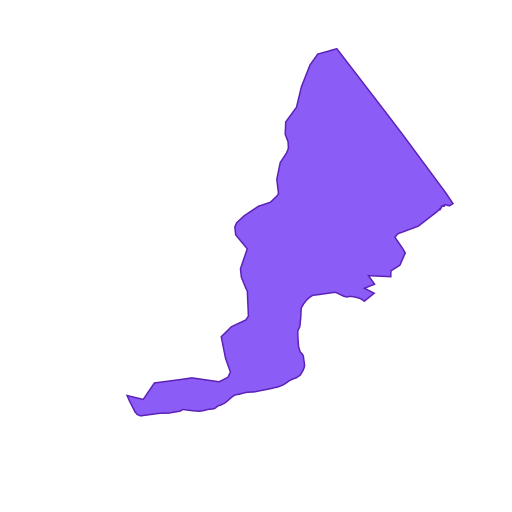 St. Charles, Missouri, United States of America, rotated 142°
{"feature_id": "52423323B56578424845475", "entity_name": "St. Charles", "entity_type": "district", "adm_level": 2, "iso_a3": "USA", "parent_name": "United States of America", "parent_adm1": "Missouri", "projection": "natural_earth1", "projection_center": [-90.636, 38.751], "detail": "fine", "context": "isolated", "style": "filled", "palette": "violet", "viewbox_px": 512, "rotation_deg": 142, "n_neighbors": 0, "source": "geoboundaries", "source_scale": "gbopen_adm2", "svg_char_len": 2235}
<svg xmlns="http://www.w3.org/2000/svg" viewBox="0 0 512 512"><g transform="rotate(142 256 256)"><path d="M168.6,318.3L179.4,314.7L192.4,303.6L199.8,291.4L202.4,290.4L211.6,289.5L223.4,293.7L240.4,295.0L250.8,294.1L254.8,291.9L259.0,285.2L258.5,267.0L276.1,255.5L280.5,248.5L283.5,238.1L284.5,233.6L299.0,213.3L303.4,211.9L318.9,215.4L333.1,213.8L343.0,194.1L347.6,180.3L352.9,177.7L362.5,179.6L381.6,199.5L390.3,204.4L414.2,218.5L433.2,212.4L443.5,225.4L444.8,220.2L447.3,207.7L447.2,204.3L445.4,201.1L428.3,191.1L421.6,186.0L412.5,181.1L411.0,180.4L408.8,180.2L407.7,179.7L402.5,174.4L400.6,172.5L396.3,168.6L393.0,166.7L388.0,164.5L384.1,162.0L382.4,161.3L381.1,161.2L378.5,161.4L375.4,160.2L372.7,159.7L372.0,159.5L369.2,159.3L362.5,159.7L359.2,159.6L357.7,159.3L354.0,157.2L351.1,156.1L346.9,154.1L341.1,150.0L324.7,141.8L323.5,141.3L319.1,139.2L314.3,137.8L311.3,137.4L306.1,137.2L302.1,136.2L299.3,135.2L294.5,134.9L289.3,136.9L286.9,138.3L285.0,139.9L280.4,147.9L280.0,149.2L279.9,150.2L280.2,153.4L278.3,158.3L272.5,166.9L269.2,171.2L264.9,173.4L258.6,180.0L252.8,186.7L252.0,187.3L247.6,189.1L243.6,190.0L242.8,190.2L238.2,190.4L235.3,190.0L229.9,186.7L216.6,179.1L215.1,177.4L211.8,170.6L210.0,168.1L206.4,166.0L204.1,163.7L202.2,161.4L200.4,158.8L199.5,157.1L198.5,153.7L185.8,153.9L190.4,163.8L179.9,160.8L179.5,171.3L162.5,156.7L158.9,161.2L148.2,160.2L136.5,166.5L135.8,171.8L135.0,185.2L130.5,186.2L109.7,179.6L85.4,179.5L85.2,179.5L84.8,179.7L84.4,179.8L83.8,179.8L83.7,179.7L82.9,179.3L82.7,179.1L82.3,179.2L82.3,179.4L82.3,179.6L82.3,180.0L82.0,180.2L81.8,180.3L81.6,180.2L81.4,180.0L81.3,179.8L80.9,179.7L80.6,180.0L80.1,180.2L79.7,180.3L79.5,180.6L79.3,180.6L79.1,180.6L78.9,181.1L78.6,181.0L78.3,180.7L78.4,180.3L78.0,180.0L77.6,179.8L77.4,179.7L77.1,179.4L76.9,179.3L76.7,179.4L76.6,179.7L76.4,179.9L76.3,180.2L75.8,180.3L75.6,180.2L75.4,179.8L75.0,179.6L74.8,179.3L74.7,179.1L74.3,178.7L74.2,178.6L73.9,178.2L73.8,177.7L73.7,177.6L73.4,177.3L73.0,177.2L72.7,177.0L72.7,176.5L72.6,176.4L68.5,176.0L67.6,189.0L65.7,260.8L65.4,283.6L64.7,369.6L83.1,377.1L95.8,373.3L116.0,361.4L132.5,348.3L150.1,343.3L158.0,334.0L160.4,326.3L164.1,321.0L168.6,318.3Z" fill="#8b5cf6" stroke="#5b21b6" stroke-width="1.5"/></g></svg>